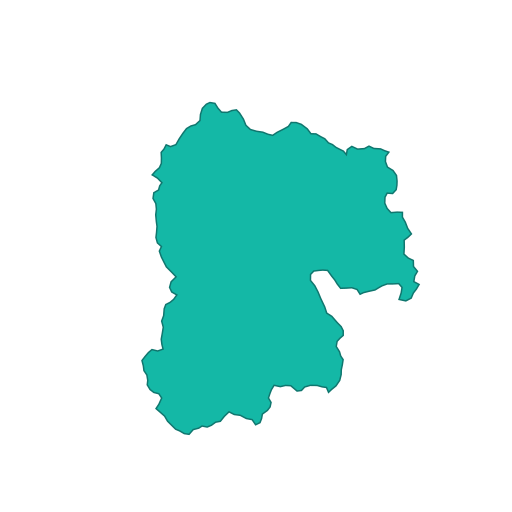 Fervedouro, Minas Gerais, Brazil, rotated 326°
{"feature_id": "56859067B78498783897828", "entity_name": "Fervedouro", "entity_type": "district", "adm_level": 2, "iso_a3": "BRA", "parent_name": "Brazil", "parent_adm1": "Minas Gerais", "projection": "robinson", "projection_center": [-42.344, -20.674], "detail": "fine", "context": "isolated", "style": "filled", "palette": "teal", "viewbox_px": 512, "rotation_deg": 326, "n_neighbors": 0, "source": "geoboundaries", "source_scale": "gbopen_adm2", "svg_char_len": 3010}
<svg xmlns="http://www.w3.org/2000/svg" viewBox="0 0 512 512"><g transform="rotate(326 256 256)"><path d="M100.8,366.4L106.9,364.8L112.3,366.7L116.2,366.8L119.9,370.5L124.4,371.4L129.6,371.2L134.0,373.1L140.2,371.2L146.5,370.1L149.3,375.2L153.9,379.3L157.1,385.3L161.3,389.5L161.3,395.7L166.1,396.4L169.7,393.9L172.9,390.6L179.1,390.4L183.3,389.0L186.6,385.8L186.9,380.7L190.5,377.9L194.1,375.4L198.7,373.3L203.1,377.9L208.1,379.8L212.3,383.0L214.5,390.9L218.5,392.9L223.1,391.8L228.7,393.6L234.3,397.5L237.7,401.5L240.9,404.4L239.9,409.6L244.1,408.9L249.7,408.4L255.9,405.9L260.3,401.9L263.1,398.0L266.7,394.5L270.3,390.6L270.3,386.3L271.7,382.0L271.9,375.9L275.5,372.1L279.8,371.1L283.9,370.6L286.5,366.8L287.1,362.2L286.1,356.7L285.1,348.4L282.7,342.9L284.5,336.6L285.9,327.3L287.3,320.5L288.1,313.5L287.5,306.7L290.9,301.8L295.5,300.8L299.7,302.9L303.5,305.0L307.3,308.0L307.5,314.9L307.9,320.0L307.7,324.8L308.1,330.1L312.9,333.1L317.7,335.9L321.1,340.3L320.9,345.9L324.7,346.5L329.9,348.4L335.7,350.7L339.9,350.9L343.8,351.2L349.1,352.5L354.1,355.8L358.9,358.7L359.5,363.7L355.7,367.8L350.3,372.0L355.1,377.0L361.1,377.7L365.7,374.7L370.5,373.1L375.3,370.8L372.5,365.5L376.5,361.3L381.3,359.0L380.7,352.8L383.9,347.7L381.1,342.9L379.7,337.1L383.9,331.6L387.7,325.7L392.7,325.4L397.2,324.6L397.2,317.9L398.7,311.4L399.1,305.7L401.8,301.7L397.6,298.6L392.1,295.5L391.3,289.9L392.3,284.2L395.8,279.4L399.9,277.2L404.2,280.6L409.3,279.4L412.4,276.1L414.8,272.8L417.5,267.8L417.4,261.8L414.7,255.8L416.1,250.1L419.2,245.9L424.2,244.2L421.5,240.6L419.2,236.9L413.8,232.7L411.1,228.1L406.0,227.6L400.0,224.2L396.7,218.7L391.2,218.8L387.6,222.5L387.1,217.9L385.1,214.4L383.0,210.6L381.7,206.4L379.3,202.7L378.6,197.3L376.4,193.3L374.0,188.3L369.9,185.4L369.6,179.3L367.2,172.2L363.9,167.8L359.8,165.0L355.3,166.7L349.8,166.2L342.7,165.3L337.3,165.3L334.0,161.8L330.9,157.2L326.1,152.8L322.1,148.0L320.7,142.0L322.1,135.5L322.3,128.3L321.5,123.9L317.3,121.9L312.7,121.0L307.8,117.5L307.1,112.1L307.3,106.5L303.6,103.0L299.7,102.4L294.1,103.6L289.1,107.6L285.3,112.4L279.3,113.3L274.7,111.8L269.7,111.5L264.3,113.3L257.9,115.9L251.9,118.9L246.3,117.5L243.7,113.6L239.5,115.9L235.3,117.1L232.4,121.9L229.3,126.3L225.3,128.8L219.8,129.5L215.3,130.7L217.9,136.4L219.0,142.6L215.4,144.0L212.1,146.8L206.7,146.4L202.8,150.7L202.3,156.5L199.6,161.5L195.9,165.8L192.6,171.8L190.5,176.1L186.6,181.0L183.4,184.7L181.6,190.0L182.9,195.3L178.6,197.9L177.0,203.9L176.2,210.1L175.6,214.9L177.0,222.1L178.1,228.6L171.2,229.9L166.8,233.7L166.0,238.7L168.6,244.0L163.5,245.9L158.9,246.4L154.1,245.8L150.4,248.4L146.1,253.8L141.4,257.2L139.3,263.2L135.0,267.8L130.9,272.0L128.5,276.8L126.9,281.2L121.4,279.8L117.4,275.4L112.8,275.9L107.8,277.3L103.0,278.9L101.2,284.0L99.0,288.4L99.0,293.6L96.7,298.6L93.8,302.0L93.5,307.5L95.0,312.0L98.4,315.8L98.4,321.0L92.6,324.6L87.8,326.6L89.3,332.2L90.7,337.6L90.3,343.5L91.4,349.1L92.5,354.6L94.9,358.3L97.2,363.1L100.8,366.4Z" fill="#14b8a6" stroke="#0f766e" stroke-width="1.5"/></g></svg>